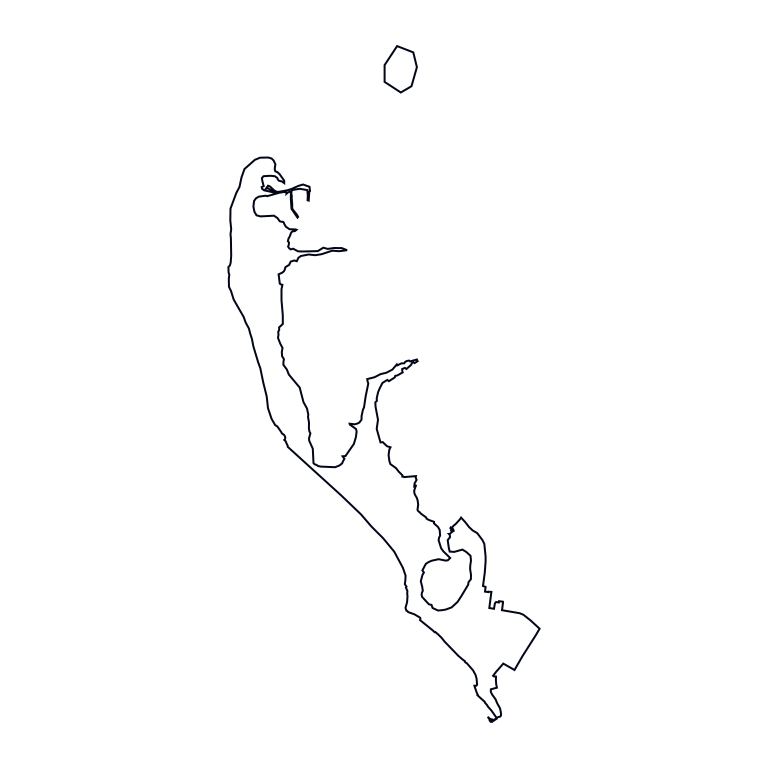 Al Mina, Yemen (Natural Earth projection)
{"feature_id": "15242507B27528285733897", "entity_name": "Al Mina", "entity_type": "district", "adm_level": 2, "iso_a3": "YEM", "parent_name": "Yemen", "parent_adm1": "", "projection": "natural_earth1", "projection_center": [42.92, 14.868], "detail": "fine", "context": "isolated", "style": "outline", "palette": "ink", "viewbox_px": 768, "rotation_deg": 0, "n_neighbors": 0, "source": "geoboundaries", "source_scale": "gbopen_adm2", "svg_char_len": 6120}
<svg xmlns="http://www.w3.org/2000/svg" viewBox="0 0 768 768"><path d="M514.5,670.0L522.5,656.1L536.0,634.9L539.6,628.7L530.3,620.2L523.5,614.8L519.6,613.2L502.0,610.2L503.0,602.7L502.9,601.7L499.0,601.2L498.8,602.5L496.1,602.0L494.9,603.4L494.0,608.8L489.3,608.0L491.4,591.9L488.4,591.7L488.3,592.1L485.0,591.6L485.6,586.9L483.0,586.0L484.8,572.4L485.6,561.6L485.6,556.6L484.3,543.8L482.4,540.0L477.2,533.1L472.6,530.4L469.0,527.0L465.3,522.2L461.1,517.6L459.8,519.5L455.5,524.2L453.9,525.4L451.9,527.7L453.3,529.5L453.9,531.7L450.8,527.5L450.4,528.1L451.5,529.5L451.0,530.4L452.1,531.9L449.6,534.0L449.0,534.0L449.8,534.9L450.0,537.2L447.7,540.1L448.8,547.9L449.7,551.6L454.2,551.9L462.4,549.6L466.2,551.9L470.5,555.8L471.0,560.6L470.3,565.1L470.1,568.9L471.0,574.9L470.9,579.2L468.5,582.2L468.2,584.7L461.3,596.2L457.5,602.0L451.6,607.4L445.6,609.6L441.8,610.2L438.0,610.5L432.6,608.0L431.5,604.9L428.9,604.3L422.1,596.9L421.6,594.8L421.9,592.8L422.8,590.8L422.2,586.7L420.8,581.3L422.4,575.1L423.9,572.5L422.4,570.4L425.8,563.9L428.7,562.0L431.8,560.7L438.7,559.2L445.6,560.6L447.8,560.3L450.2,558.0L443.4,551.4L441.1,548.2L438.6,540.2L439.1,537.5L440.1,535.7L439.7,530.0L438.1,527.1L434.0,523.4L434.0,521.8L428.7,519.9L426.5,518.6L426.1,517.4L420.6,513.4L419.8,512.3L418.7,511.6L417.8,510.6L417.5,509.5L418.2,504.9L417.7,500.7L416.8,497.8L415.0,494.8L414.3,492.7L414.2,490.6L415.9,485.6L415.5,485.4L414.3,486.1L414.6,483.3L416.6,479.9L416.1,479.0L416.0,478.1L415.6,477.4L415.9,476.1L404.1,477.1L403.8,476.7L402.3,476.6L402.4,475.3L398.6,471.5L396.0,468.1L390.4,464.1L389.4,461.2L388.6,455.1L389.3,449.7L390.5,447.3L387.0,446.2L382.7,442.1L380.5,442.4L376.7,428.9L378.0,419.7L375.6,407.1L375.3,402.4L376.9,400.8L376.7,398.4L378.1,392.1L379.8,388.1L382.5,382.9L387.3,379.9L388.9,381.2L394.8,377.4L395.2,375.9L397.4,375.4L402.7,372.4L402.2,370.7L402.2,369.0L404.9,367.9L406.4,369.0L411.1,364.9L411.7,363.5L412.8,362.0L414.6,363.1L417.6,361.2L416.9,359.5L410.1,361.4L409.2,360.6L406.7,361.0L405.1,362.0L404.2,363.3L401.3,363.4L397.3,365.4L396.8,364.4L392.4,369.6L386.2,372.8L380.6,374.1L374.6,377.2L367.2,379.1L367.6,381.4L368.3,383.5L365.7,396.1L364.0,407.5L363.0,409.5L361.6,415.9L361.5,419.7L359.3,422.6L357.0,423.7L354.6,424.3L349.6,423.7L349.8,424.5L356.1,429.1L356.6,431.7L355.9,437.1L353.9,443.9L345.5,456.0L342.6,456.3L344.4,458.8L343.2,460.9L342.1,463.4L339.4,465.5L335.1,467.2L320.9,466.6L318.2,466.1L316.6,465.0L314.6,464.2L313.5,463.2L312.8,448.7L309.2,440.7L309.0,438.4L310.4,433.3L309.5,431.7L308.9,428.7L309.0,422.5L308.0,416.9L308.3,414.7L307.0,408.5L303.5,402.2L299.7,387.6L288.8,374.5L286.9,369.6L283.4,364.8L283.4,362.5L283.9,359.1L282.1,356.2L281.8,352.1L282.5,348.0L280.2,343.5L278.0,337.9L278.5,334.5L278.2,331.8L279.2,330.0L279.1,327.4L282.8,324.0L282.8,315.4L281.5,300.1L281.5,289.2L282.4,284.8L280.6,284.3L279.8,283.6L278.6,274.3L282.2,272.7L283.9,271.3L284.6,270.0L285.5,267.1L289.1,264.9L290.7,261.6L294.2,260.5L296.8,261.2L298.4,257.8L300.9,256.0L308.6,254.5L315.3,255.2L321.6,254.2L332.2,250.7L339.2,251.2L347.1,250.2L341.8,248.1L334.1,248.0L327.7,248.9L323.3,247.7L317.8,251.1L302.1,251.5L298.0,251.3L293.1,248.7L290.8,249.4L289.2,248.3L288.1,246.6L288.8,244.7L289.0,242.6L287.9,241.2L288.5,238.6L289.7,236.5L291.0,233.0L291.7,231.9L292.8,231.3L294.9,231.1L296.5,229.8L295.2,229.4L289.5,229.2L286.0,226.8L284.4,224.3L283.9,222.8L283.0,221.8L281.5,221.8L279.7,221.2L277.5,218.1L274.0,215.7L260.5,216.4L256.5,215.3L254.4,211.7L253.4,206.5L254.1,200.9L256.1,198.2L259.0,196.6L265.9,195.7L267.1,196.2L279.1,192.8L283.8,192.0L286.3,192.4L286.6,192.7L286.5,193.7L287.7,192.6L289.5,191.7L290.7,191.5L290.9,193.6L290.8,198.1L291.5,208.8L297.5,217.6L298.1,216.9L296.7,214.4L292.6,209.3L292.2,208.1L292.2,204.0L291.7,198.1L291.8,195.8L291.4,194.6L291.4,191.4L292.2,190.2L292.9,189.9L299.9,188.8L307.3,190.1L307.8,195.3L307.6,200.3L308.7,200.6L309.3,191.5L310.0,191.1L309.5,186.8L303.0,184.5L298.4,185.9L291.5,189.0L286.8,190.4L278.4,191.9L276.6,191.7L274.5,190.7L270.0,186.5L268.0,185.7L266.0,188.6L268.0,188.4L275.2,192.4L273.9,192.5L264.1,190.3L262.1,188.8L261.7,187.1L263.7,186.1L262.3,180.8L261.9,178.1L263.5,176.2L270.3,175.8L274.8,176.2L277.2,177.9L278.2,180.0L279.1,180.8L281.8,181.4L284.2,183.1L284.2,180.6L279.7,174.3L277.4,172.1L275.4,171.4L274.8,169.9L274.8,168.0L275.4,164.4L273.7,160.6L271.6,158.5L268.2,157.5L260.1,157.7L254.9,159.8L244.5,169.0L241.5,177.4L239.5,186.9L236.3,193.0L230.5,208.6L230.3,220.4L231.2,229.2L230.5,234.2L230.9,238.2L231.2,255.7L230.7,262.6L229.9,265.4L228.4,267.1L228.6,272.5L229.3,274.7L228.8,278.9L229.0,286.9L231.0,291.0L233.7,299.6L243.8,317.2L245.6,322.4L248.9,328.5L250.2,333.6L251.9,338.8L253.4,346.5L258.3,362.7L260.3,368.2L263.3,382.7L266.7,396.4L268.0,408.2L271.6,418.9L275.2,425.1L277.4,426.5L281.4,432.3L281.8,433.3L284.2,435.0L285.3,437.2L285.1,439.0L284.3,439.9L285.7,441.3L286.6,443.6L287.5,445.2L287.8,446.9L341.4,495.6L361.1,514.5L371.5,526.6L383.1,538.2L394.2,551.6L402.8,567.6L405.6,575.7L405.3,580.9L404.8,584.1L406.5,586.7L405.9,587.5L407.4,591.0L407.2,593.8L407.5,596.2L407.1,602.1L405.5,607.9L406.4,610.6L407.3,611.0L408.2,612.1L414.4,614.3L419.8,617.5L420.3,618.0L420.4,619.0L420.0,620.1L433.1,630.7L434.6,632.2L435.3,632.0L438.1,634.4L441.3,637.5L444.6,641.6L458.3,655.8L463.2,660.0L464.8,661.0L464.9,661.9L465.7,662.6L466.6,663.0L473.1,670.4L475.6,675.1L476.6,678.8L477.1,684.7L476.4,685.7L475.3,685.8L474.6,685.6L474.5,684.9L474.3,685.6L477.1,693.7L477.7,694.5L477.8,694.9L477.5,695.3L484.7,701.8L485.2,703.0L487.1,705.1L488.0,706.7L491.3,710.4L496.6,717.9L496.0,718.6L492.9,720.5L492.9,720.2L490.9,719.6L491.3,719.2L489.7,718.8L488.0,716.8L488.2,717.6L489.2,718.7L489.5,720.1L490.5,721.7L491.0,721.9L492.2,721.8L493.1,721.0L496.6,718.8L497.2,717.7L498.3,717.0L500.0,716.7L500.9,715.7L501.1,714.2L500.4,709.9L499.9,708.1L497.2,703.3L495.5,699.2L491.9,694.2L490.8,691.7L490.9,689.3L496.9,687.7L496.2,684.3L495.9,680.1L496.0,676.6L493.9,676.4L493.1,675.8L495.8,672.2L503.3,663.6L514.5,670.0ZM411.5,86.2L416.9,67.2L413.3,52.4L397.1,46.1L384.6,65.1L384.6,81.9L400.8,92.5L411.5,86.2Z" fill="none" stroke="#020617" stroke-width="2"/></svg>